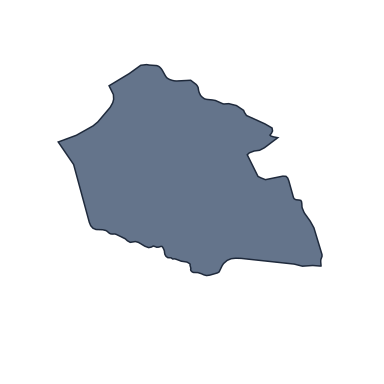 the border of Maysan, rotated 145°
{"feature_id": "IRQ-3226", "entity_name": "Maysan", "entity_type": "Province", "adm_level": 1, "iso_a3": "IRQ", "parent_name": "Iraq", "parent_adm1": "", "projection": "robinson", "projection_center": [47.004, 31.976], "detail": "fine", "context": "isolated", "style": "filled", "palette": "slate", "viewbox_px": 384, "rotation_deg": 145, "n_neighbors": 0, "source": "natural_earth", "source_scale": "10m", "svg_char_len": 2024}
<svg xmlns="http://www.w3.org/2000/svg" viewBox="0 0 384 384"><g transform="rotate(145 192 192)"><path d="M128.7,57.4L129.2,57.6L135.3,62.6L144.1,67.9L149.6,74.3L189.9,109.5L194.2,112.7L198.2,114.9L202.4,115.8L207.2,115.3L209.5,114.4L215.6,111.0L217.5,111.1L225.1,113.7L228.0,115.2L229.7,117.2L231.2,119.7L233.4,122.6L237.0,125.3L237.7,126.5L238.0,128.3L237.5,129.4L236.7,130.2L235.6,133.2L235.0,133.8L235.0,134.6L235.9,136.7L236.5,137.7L240.5,141.5L241.1,142.4L241.6,143.2L244.0,146.6L244.9,147.5L246.2,148.1L246.9,150.1L249.5,152.1L250.2,154.2L250.0,156.4L249.3,158.0L248.5,159.4L248.0,161.1L247.7,163.3L247.8,164.6L248.7,165.3L250.8,165.9L252.6,167.0L253.6,168.6L254.8,170.0L256.9,170.2L259.4,171.3L259.7,171.7L261.7,174.6L264.8,181.5L266.8,183.9L271.5,186.2L272.9,189.1L273.5,191.9L278.3,200.6L279.2,201.8L281.6,203.4L282.7,204.4L283.4,205.8L284.1,208.6L284.6,209.8L286.8,212.3L292.1,216.3L293.9,219.1L294.3,222.5L293.5,226.1L273.2,282.4L272.9,309.7L254.2,304.8L235.1,302.9L229.0,303.4L210.4,308.3L205.7,310.6L203.0,312.9L200.5,316.9L199.0,326.6L175.5,325.0L161.3,325.2L156.1,322.4L154.2,320.5L148.4,315.8L147.5,314.5L147.0,313.4L146.7,312.1L146.5,310.6L146.5,308.9L147.1,303.2L147.2,301.5L147.1,300.0L146.6,298.6L145.8,297.0L144.1,294.7L142.6,293.1L141.0,291.8L129.0,284.3L126.9,277.7L126.8,276.2L127.0,274.2L128.4,271.3L129.1,269.3L129.6,266.1L129.2,263.7L128.3,261.1L126.8,259.4L122.5,255.7L120.3,253.5L116.2,246.7L115.4,245.8L111.2,243.3L106.0,237.3L102.9,229.3L103.4,227.1L103.5,223.4L93.2,206.0L89.7,198.5L91.0,195.8L93.3,194.5L95.5,193.9L95.2,192.5L93.6,190.4L90.6,187.3L107.3,186.7L112.7,187.4L117.5,189.9L122.5,191.2L125.4,190.8L129.0,166.9L127.4,164.0L124.8,160.0L108.5,152.9L106.0,150.9L105.6,148.5L106.3,145.6L112.0,129.4L112.2,128.0L111.7,126.7L111.0,125.8L108.9,124.0L107.7,122.7L107.8,121.3L108.7,119.5L110.5,116.6L110.9,115.6L111.4,113.3L111.8,111.7L112.0,110.0L111.9,100.3L112.7,92.7L121.4,66.2L122.4,64.7L125.4,62.6L126.6,61.0L128.7,57.4Z" fill="#64748b" stroke="#1e293b" stroke-width="1.5"/></g></svg>